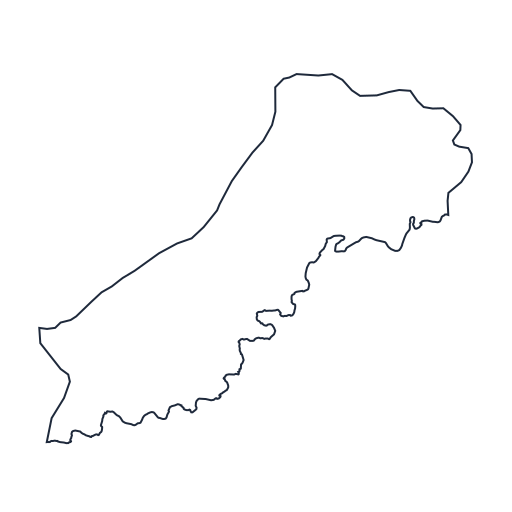 the district of Montes, Canelones, Uruguay, rotated 88°
{"feature_id": "84410073B70597198531673", "entity_name": "Montes", "entity_type": "district", "adm_level": 2, "iso_a3": "URY", "parent_name": "Uruguay", "parent_adm1": "Canelones", "projection": "natural_earth1", "projection_center": [-55.521, -34.52], "detail": "fine", "context": "isolated", "style": "outline", "palette": "slate", "viewbox_px": 512, "rotation_deg": 88, "n_neighbors": 0, "source": "geoboundaries", "source_scale": "gbopen_adm2", "svg_char_len": 6095}
<svg xmlns="http://www.w3.org/2000/svg" viewBox="0 0 512 512"><g transform="rotate(88 256 256)"><path d="M434.7,471.6L434.6,469.9L434.8,469.4L434.6,468.3L434.2,468.0L433.7,467.0L433.8,465.5L433.5,463.5L433.9,462.0L433.9,461.0L434.1,460.6L434.5,460.4L435.2,458.1L435.7,454.5L436.4,452.1L436.4,450.1L435.7,449.3L435.5,448.1L434.9,447.3L434.6,447.3L433.9,448.0L433.4,448.0L432.8,447.9L431.4,447.0L430.6,446.9L429.1,446.3L428.6,446.2L427.8,446.6L427.2,446.6L425.4,446.0L424.9,445.5L424.5,444.7L424.1,442.7L425.3,437.8L426.7,436.5L427.6,435.2L428.3,433.6L429.2,432.4L430.1,429.9L430.1,429.4L430.9,428.1L431.1,427.3L431.1,427.0L430.6,426.9L430.3,426.4L430.0,424.9L429.3,423.7L428.7,422.0L428.8,421.0L429.5,420.0L429.3,419.3L427.4,418.2L426.4,416.8L425.4,416.3L423.5,415.9L421.6,415.7L421.2,415.9L420.7,416.6L419.7,416.9L415.6,415.5L413.5,415.2L411.1,414.1L410.4,414.2L409.8,414.0L408.5,412.9L407.5,412.4L408.2,411.5L407.9,411.0L406.3,410.4L406.0,410.0L406.6,406.9L406.4,405.0L407.1,403.7L409.7,401.2L410.5,400.2L411.2,398.7L411.8,398.1L412.8,397.2L416.6,395.0L418.0,392.9L418.6,391.3L419.7,386.5L420.7,384.6L420.9,383.3L420.5,382.1L419.1,380.1L418.9,378.0L418.5,377.2L415.7,375.6L413.6,374.7L411.8,373.3L410.8,371.9L410.3,370.6L409.5,369.4L408.6,367.1L408.3,365.5L408.7,363.8L409.3,363.1L413.8,359.7L414.3,359.0L414.5,357.8L415.6,355.0L415.7,353.6L415.4,352.0L414.3,351.1L411.3,350.1L408.7,348.5L408.4,348.4L407.3,348.8L404.1,347.3L403.1,345.3L402.5,342.4L401.4,339.5L401.6,338.3L402.6,336.0L402.9,336.2L403.2,335.7L404.2,334.9L405.0,333.9L405.5,333.6L405.8,333.7L406.3,333.5L406.6,333.2L407.2,332.1L407.6,330.8L407.7,328.9L407.3,328.2L407.2,327.8L407.7,327.1L408.9,326.8L410.0,326.1L410.0,324.9L407.7,321.8L406.8,320.9L405.5,320.7L403.6,321.5L400.3,321.1L398.7,320.4L396.9,318.6L396.6,317.7L397.2,311.2L398.6,305.9L398.3,303.3L396.9,301.4L396.7,300.8L396.8,300.4L397.3,300.1L397.4,299.7L397.1,298.2L395.9,296.7L395.0,296.3L394.4,296.4L394.3,296.6L394.4,297.1L394.2,297.5L393.5,297.3L392.5,295.9L391.9,294.4L391.2,293.8L390.4,292.2L389.5,291.1L389.1,290.0L387.4,288.9L386.1,288.3L384.4,288.3L381.3,289.3L380.3,290.3L379.8,291.0L377.7,291.7L377.6,292.4L377.2,292.6L376.7,292.4L375.3,290.8L374.4,290.5L373.7,289.4L373.3,287.2L373.7,282.0L373.1,280.4L373.7,277.7L373.4,277.4L372.3,277.3L371.2,277.8L370.9,276.8L370.2,276.4L369.3,276.6L368.5,276.4L368.3,275.4L367.9,275.1L363.8,274.7L363.1,273.8L362.1,273.1L359.5,272.0L354.2,273.4L353.8,273.6L353.4,274.5L352.4,274.5L350.2,275.5L349.0,275.6L348.0,275.4L345.3,275.9L343.8,275.4L342.5,275.6L341.3,276.4L340.8,276.3L340.4,276.0L340.2,275.5L338.8,274.1L338.4,272.4L339.1,271.0L338.6,268.7L338.6,267.8L340.6,265.0L340.7,262.1L340.5,261.2L340.1,260.7L339.3,260.3L338.4,259.0L338.0,257.8L337.7,256.1L338.4,254.4L338.2,252.7L338.3,252.2L339.1,250.6L338.8,249.3L338.9,247.1L339.6,245.8L339.5,245.4L337.6,244.0L334.9,240.7L331.5,239.4L328.4,240.5L325.7,242.2L325.2,242.8L324.6,244.1L324.9,246.2L325.1,246.8L325.9,247.7L326.0,248.4L325.5,250.2L324.1,251.9L323.6,252.0L323.4,252.4L323.5,253.4L322.0,254.3L321.2,255.1L320.8,256.2L320.3,256.8L319.2,257.4L317.1,257.5L315.8,256.8L313.5,257.2L313.0,256.9L312.2,255.9L312.0,255.3L312.0,252.2L311.9,251.6L310.5,249.5L310.4,249.1L311.1,248.2L311.2,247.7L311.1,244.4L311.3,242.0L311.1,240.4L311.1,238.8L310.5,236.6L310.6,235.8L311.0,235.4L313.8,233.3L315.2,233.9L316.5,233.1L316.8,232.6L317.3,230.7L316.9,229.8L317.0,227.5L316.2,225.7L316.2,224.0L316.9,223.4L316.7,222.1L316.4,221.6L314.9,220.4L313.3,219.7L311.6,219.4L309.9,218.8L307.5,218.5L306.1,218.6L305.7,218.9L305.3,220.5L303.5,222.0L302.9,222.0L302.2,221.7L300.4,222.0L297.9,221.9L296.6,221.5L296.0,220.8L295.5,219.4L295.2,219.0L294.2,218.7L293.6,217.7L293.2,216.8L292.5,211.3L292.5,210.7L293.0,210.3L293.0,209.3L292.6,208.7L291.6,206.1L291.1,205.2L290.5,204.8L286.5,203.8L284.4,204.3L282.4,205.1L281.3,206.5L279.7,207.1L278.2,207.3L274.8,206.9L269.3,205.4L265.0,203.0L264.6,202.5L264.3,201.3L264.2,200.0L264.5,198.7L264.3,198.1L263.6,196.9L263.2,196.3L260.1,193.7L259.0,193.1L257.5,191.7L257.2,191.7L256.7,192.3L256.1,192.5L255.0,192.1L254.4,191.6L252.3,189.5L251.5,188.3L251.0,188.0L248.4,186.5L246.3,185.9L244.6,184.7L242.1,184.8L241.5,184.5L241.1,184.0L240.7,181.0L238.8,177.7L238.6,176.3L238.5,171.7L238.7,169.9L239.2,169.1L239.3,168.2L240.0,167.2L241.3,167.1L242.1,167.5L242.8,168.1L243.4,170.3L245.2,172.2L246.2,173.7L246.8,175.1L247.3,175.5L249.5,176.2L253.5,176.8L253.9,176.6L254.4,175.6L254.5,173.8L254.2,170.2L254.4,168.2L254.3,167.2L253.2,166.2L251.7,165.6L251.0,165.0L250.5,164.3L246.6,157.2L245.7,155.5L245.3,153.7L244.7,152.6L242.5,150.4L241.8,149.5L241.2,147.9L240.8,145.1L242.3,139.6L243.6,137.1L244.4,135.1L246.6,126.7L247.2,126.0L248.1,125.4L250.8,123.9L251.9,123.0L253.9,120.7L255.7,116.8L255.8,114.4L255.1,112.6L252.9,110.9L250.5,109.7L249.2,109.4L243.1,107.0L240.1,105.6L238.8,104.9L235.0,101.6L233.2,101.2L229.3,101.2L227.5,100.4L226.6,100.8L225.3,100.8L223.7,100.3L223.0,99.6L222.7,98.8L222.5,98.0L222.7,97.3L223.2,96.7L223.9,96.5L224.9,96.5L226.6,97.0L228.3,97.1L229.2,97.8L230.3,97.9L233.8,96.3L234.2,95.9L234.3,94.5L233.1,92.0L232.6,91.4L231.3,90.4L230.7,89.6L229.9,89.5L229.2,90.6L228.7,90.6L228.1,89.5L227.5,89.3L227.1,88.8L226.6,86.2L226.6,83.2L228.0,78.0L228.1,76.3L228.6,73.4L228.5,72.6L228.0,71.3L227.5,70.8L226.7,70.3L223.3,68.9L222.6,67.9L221.9,66.4L221.2,65.8L221.1,64.0L221.7,62.4L207.5,62.6L199.6,61.5L189.3,48.3L179.1,40.8L169.9,36.9L161.6,37.0L155.6,40.1L153.8,49.1L151.5,53.9L147.4,55.2L137.3,47.4L132.2,47.0L123.2,54.2L114.9,63.6L114.8,74.3L113.0,83.2L106.6,89.3L96.3,96.0L95.1,107.1L96.8,117.6L99.7,129.7L99.6,146.4L93.8,154.4L83.0,163.5L76.9,173.6L77.8,187.4L75.6,209.1L78.8,216.5L79.8,222.2L88.1,230.9L112.5,231.6L125.7,235.4L141.1,244.8L152.5,255.9L166.7,267.2L180.2,277.5L203.0,290.6L209.1,293.3L225.3,307.3L236.1,319.7L240.7,334.4L249.8,352.7L266.6,377.9L273.3,390.0L281.4,401.2L286.9,411.6L295.7,421.8L310.1,437.8L313.5,443.5L315.7,453.6L320.8,459.2L321.6,467.4L320.3,475.1L335.6,474.6L362.1,455.2L367.9,447.8L375.1,446.4L391.2,452.8L410.9,465.9L434.7,471.6Z" fill="none" stroke="#1e293b" stroke-width="2"/></g></svg>